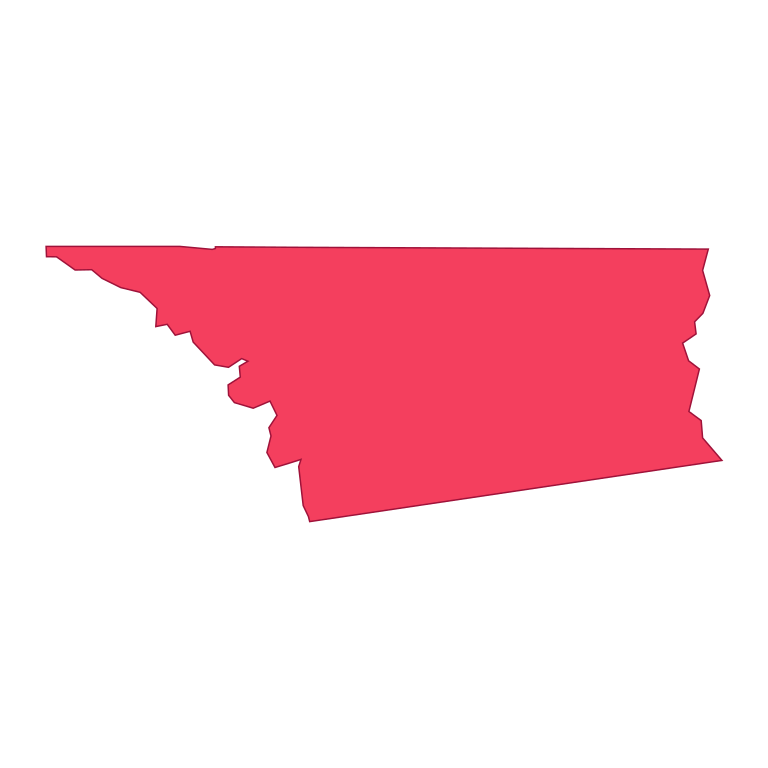 Henderson, Texas, United States of America
{"feature_id": "52423323B59303088288262", "entity_name": "Henderson", "entity_type": "district", "adm_level": 2, "iso_a3": "USA", "parent_name": "United States of America", "parent_adm1": "Texas", "projection": "mercator", "projection_center": [-96.032, 32.182], "detail": "fine", "context": "isolated", "style": "filled", "palette": "rose", "viewbox_px": 768, "rotation_deg": 0, "n_neighbors": 0, "source": "geoboundaries", "source_scale": "gbopen_adm2", "svg_char_len": 786}
<svg xmlns="http://www.w3.org/2000/svg" viewBox="0 0 768 768"><path d="M46.1,246.4L46.5,256.7L56.5,256.8L75.1,270.0L91.7,269.7L102.1,278.4L120.8,287.6L140.1,292.3L157.1,308.5L155.8,326.6L167.2,324.3L175.2,335.2L190.1,331.3L193.2,342.1L214.6,364.9L228.5,367.3L241.7,358.6L247.9,361.2L239.3,366.3L240.3,377.1L228.1,384.9L228.6,395.3L234.4,402.6L253.2,408.2L270.0,401.1L277.0,415.4L268.9,427.7L271.0,436.0L266.9,452.5L275.0,467.5L290.7,462.7L301.0,459.4L298.7,466.6L303.2,505.6L308.4,516.5L309.7,521.6L721.9,460.4L702.6,437.9L701.2,420.6L688.9,411.5L699.4,369.0L688.6,360.8L682.6,343.1L696.1,333.9L694.6,321.8L702.9,313.3L709.7,295.5L702.6,270.4L708.3,249.1L294.5,247.3L215.4,246.8L215.4,248.5L212.3,249.4L179.7,246.4L46.1,246.4Z" fill="#f43f5e" stroke="#9f1239" stroke-width="1.5"/></svg>